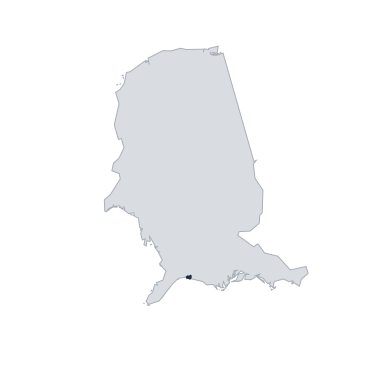 location of Beaufort, South Carolina, United States of America, rotated 58°
{"feature_id": "52423323B11454809492263", "entity_name": "Beaufort", "entity_type": "district", "adm_level": 2, "iso_a3": "USA", "parent_name": "United States of America", "parent_adm1": "South Carolina", "projection": "orthographic", "projection_center": [-80.723, 32.391], "detail": "fine", "context": "in_parent", "style": "filled", "palette": "slate", "viewbox_px": 384, "rotation_deg": 58, "n_neighbors": 0, "source": "geoboundaries", "source_scale": "gbopen_adm2", "svg_char_len": 4630}
<svg xmlns="http://www.w3.org/2000/svg" viewBox="0 0 384 384"><g transform="rotate(58 192 192)"><path d="M291.9,153.2L310.1,150.0L315.6,134.8L322.5,136.6L324.0,145.5L328.8,150.9L322.2,153.9L322.1,155.6L320.7,153.6L319.4,157.4L314.3,160.4L311.5,169.7L315.1,173.3L317.2,172.6L316.4,170.9L317.2,171.7L317.6,173.5L311.6,175.4L310.2,173.4L309.9,176.3L302.8,177.5L297.7,181.5L298.1,179.4L297.5,178.1L296.4,183.1L297.9,183.8L297.7,188.0L294.3,193.6L290.3,190.4L292.4,187.0L289.9,189.4L291.1,193.1L292.8,195.2L293.3,197.5L288.9,206.4L290.1,200.9L286.2,195.9L288.4,190.4L284.8,192.2L286.4,200.2L282.8,197.9L281.5,198.2L282.6,195.6L282.5,194.9L281.3,196.9L281.3,198.5L286.9,201.5L285.7,202.9L283.2,200.2L282.3,199.8L285.4,203.0L286.8,203.7L286.1,205.7L284.3,204.2L287.1,207.2L286.4,207.6L285.1,206.1L281.7,205.5L286.0,208.3L288.6,208.1L291.6,215.4L289.0,209.8L289.9,213.5L284.8,212.9L288.6,216.4L290.3,215.3L288.2,218.7L283.3,217.7L286.3,219.4L283.8,221.2L286.9,222.3L281.5,223.2L278.7,228.7L273.6,230.3L263.7,240.2L262.4,239.1L258.5,248.2L258.2,250.4L259.7,257.3L267.0,277.6L264.3,288.4L260.5,289.0L256.8,283.2L256.1,278.4L250.8,272.8L252.7,270.4L250.0,270.4L251.3,263.4L245.3,256.1L235.6,257.5L234.1,253.3L224.7,252.4L226.0,250.9L224.2,252.4L220.0,252.8L220.1,249.7L219.3,251.8L206.4,251.4L211.7,253.5L209.6,256.2L213.5,259.4L211.3,260.7L207.0,256.6L206.4,259.5L200.2,257.6L197.0,253.5L194.7,255.2L185.8,251.3L180.1,254.6L181.6,253.7L178.8,252.3L176.8,257.1L170.8,259.5L172.2,258.7L168.6,257.6L169.7,259.5L165.1,261.0L162.8,266.2L161.0,265.0L162.4,266.8L162.0,271.9L163.4,275.2L162.0,276.1L152.2,270.5L151.0,262.7L142.9,245.9L137.7,244.0L131.6,248.7L126.0,243.4L124.6,236.0L118.3,226.1L109.2,223.6L108.4,226.5L93.9,222.3L78.5,207.1L66.9,204.0L67.0,198.5L63.9,191.9L55.9,184.3L57.2,180.8L55.9,162.0L56.9,160.6L57.5,163.3L58.0,159.5L61.3,160.7L55.2,158.3L56.7,141.8L61.3,134.9L63.9,125.8L68.2,121.2L77.1,106.4L79.5,108.1L77.0,105.9L80.1,102.3L79.1,101.8L82.2,92.5L87.7,97.2L84.0,101.0L87.8,98.8L85.6,102.5L83.5,102.6L84.5,103.3L86.6,102.4L89.1,98.8L90.7,92.1L198.8,123.3L199.3,120.8L200.8,125.2L213.8,131.3L228.1,130.9L246.8,143.5L247.4,146.6L254.1,151.6L255.9,163.5L250.6,173.0L252.8,176.2L271.3,168.7L270.6,164.2L272.2,163.4L282.2,162.8L291.9,153.2ZM305.1,179.4L308.1,178.6L297.5,182.2L306.2,178.1L305.1,179.4ZM89.1,96.0L88.6,98.7L88.4,99.1L88.2,96.7L89.1,96.0ZM163.3,274.3L162.5,269.7L163.0,267.2L162.8,269.8L163.3,274.3ZM323.0,154.1L323.1,155.5L322.6,155.3L323.0,154.1ZM197.0,254.9L197.2,256.0L196.2,255.0L197.0,254.9ZM58.0,189.8L59.3,189.7L59.3,189.9L58.0,189.8ZM57.0,188.9L56.3,189.4L56.2,188.7L57.0,188.9ZM314.4,175.4L313.6,176.3L313.4,176.1L314.4,175.4ZM164.0,265.0L163.0,266.8L165.4,263.2L164.0,265.0ZM264.8,270.9L266.2,274.9L264.6,270.5L264.8,270.9ZM62.5,195.3L62.6,196.5L62.4,195.4L62.5,195.3ZM265.0,288.9L263.7,290.2L265.7,287.6L265.0,288.9ZM292.1,217.9L290.9,219.5L291.8,215.7L292.1,217.9ZM89.3,93.6L88.9,94.3L88.8,93.8L89.3,93.6ZM169.6,260.3L167.5,260.9L169.7,260.0L169.6,260.3ZM317.3,175.5L317.4,176.5L316.4,176.3L317.3,175.5ZM61.4,198.2L61.4,199.6L61.2,198.2L61.4,198.2ZM166.9,261.6L166.1,262.0L166.9,261.3L166.9,261.6ZM292.8,199.2L291.7,201.4L293.0,198.4L292.8,199.2ZM179.4,255.4L178.0,256.0L180.0,254.9L179.4,255.4ZM258.8,249.2L258.5,250.9L258.4,249.7L258.8,249.2ZM287.3,222.5L286.9,222.9L288.1,221.6L287.3,222.5ZM239.0,257.2L237.4,258.0L236.8,257.8L239.0,257.2ZM219.4,252.5L219.1,252.8L218.1,252.6L219.4,252.5ZM254.3,278.5L254.5,279.7L254.0,278.3L254.3,278.5ZM215.1,254.5L214.8,255.6L214.8,253.6L215.1,254.5ZM261.2,291.8L260.3,291.9L261.6,291.5L261.2,291.8ZM297.5,188.8L296.9,189.8L297.6,188.3L297.5,188.8ZM290.0,219.9L289.4,220.3L290.0,219.9Z" fill="#d9dde1" stroke="#a8b0b8" stroke-width="1"/><path d="M262.0,237.7L262.1,238.0L262.2,238.4L262.2,238.6L262.3,238.8L262.3,239.0L262.2,239.0L262.1,239.3L262.2,239.5L262.0,239.8L261.9,239.8L261.7,239.8L261.6,240.0L261.4,240.1L261.2,240.1L261.3,240.4L261.2,240.6L261.3,240.9L261.6,241.1L261.4,241.2L261.5,241.3L261.8,241.3L261.7,241.4L261.8,241.4L261.8,241.7L262.0,241.7L262.2,241.4L262.3,241.5L262.3,241.4L262.5,241.4L262.7,241.2L262.9,241.1L263.1,240.8L263.2,240.7L262.9,240.4L262.6,240.3L262.6,240.2L262.8,240.1L263.1,240.1L263.3,240.2L263.3,240.4L263.5,240.4L263.9,240.3L263.9,240.2L264.0,240.2L264.3,240.0L264.4,239.9L264.5,239.8L264.5,239.6L264.5,239.4L264.4,239.4L264.3,239.1L264.2,239.0L264.3,238.9L264.1,238.8L264.1,238.7L263.9,238.6L263.8,238.3L263.7,238.3L263.7,238.2L263.4,238.2L263.2,238.0L263.2,237.8L263.1,237.7L262.8,237.5L262.7,237.6L262.4,237.5L262.3,237.4L262.2,237.4L262.1,237.6L262.0,237.7Z" fill="#64748b" stroke="#1e293b" stroke-width="1.5"/></g></svg>